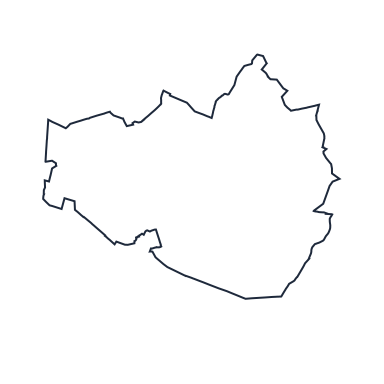 the district of Virbu pag., Talsi, Latvia, rotated 348°
{"feature_id": "27541924B43338172506229", "entity_name": "Virbu pag.", "entity_type": "district", "adm_level": 2, "iso_a3": "LVA", "parent_name": "Latvia", "parent_adm1": "Talsi", "projection": "orthographic", "projection_center": [22.631, 57.128], "detail": "fine", "context": "isolated", "style": "outline", "palette": "slate", "viewbox_px": 384, "rotation_deg": 348, "n_neighbors": 0, "source": "geoboundaries", "source_scale": "gbopen_adm2", "svg_char_len": 5458}
<svg xmlns="http://www.w3.org/2000/svg" viewBox="0 0 384 384"><g transform="rotate(348 192 192)"><path d="M292.5,281.8L292.3,281.7L292.5,281.5L292.8,280.9L293.6,279.7L295.0,277.7L295.6,276.8L295.9,276.2L296.3,275.2L296.7,273.6L296.9,273.2L297.1,272.7L297.4,272.2L297.7,271.7L298.3,271.0L298.6,270.6L299.5,270.0L300.0,269.6L300.7,269.0L301.3,268.6L301.8,268.4L302.7,268.4L303.7,268.2L304.9,268.1L306.2,267.9L309.5,267.0L309.9,266.9L310.0,266.8L310.6,266.5L311.2,266.0L313.4,263.4L313.6,263.2L313.9,262.9L314.9,262.1L316.2,261.1L316.8,260.5L317.8,259.2L318.7,257.8L319.2,257.0L319.7,255.9L320.0,254.7L320.3,253.5L320.4,252.6L320.5,251.0L320.6,249.8L320.9,248.1L321.1,247.1L321.3,246.6L321.8,246.0L322.3,245.4L322.7,245.0L322.8,244.9L323.1,244.7L324.5,243.1L324.1,242.8L319.1,241.4L319.6,241.1L316.7,239.3L316.0,239.2L312.1,238.1L310.3,237.2L308.7,236.7L307.2,236.0L307.1,235.9L307.6,235.5L309.8,234.5L317.9,230.8L325.1,219.2L327.9,214.6L328.6,214.0L331.7,211.1L339.0,209.8L332.8,203.0L333.5,199.5L333.8,198.0L333.9,193.6L333.3,192.6L330.3,186.7L330.2,186.5L328.7,181.7L329.0,179.7L332.4,177.9L329.1,175.5L329.4,175.3L329.1,175.1L330.9,171.0L332.3,167.8L332.6,167.3L333.0,165.0L333.1,164.9L333.1,162.1L329.9,152.0L329.0,148.6L329.0,148.4L328.7,147.5L329.5,143.1L329.3,143.0L329.7,142.3L330.8,140.2L331.3,139.5L331.8,138.8L331.9,138.4L331.7,138.4L334.4,133.0L331.3,133.1L330.1,133.2L322.5,133.3L321.7,133.4L316.7,133.3L312.6,133.4L311.2,133.1L309.9,133.1L305.7,133.1L305.0,132.0L302.8,129.2L300.9,126.1L299.6,117.6L306.3,112.8L303.6,110.2L303.3,110.0L303.0,109.8L302.3,108.4L298.3,99.7L292.2,98.0L291.1,96.4L290.3,95.2L290.5,95.1L289.8,93.2L289.5,92.1L288.9,90.8L286.2,87.3L285.7,86.7L291.8,81.7L291.7,81.6L289.8,73.8L285.8,71.8L284.7,71.2L284.4,71.2L284.0,71.3L278.3,75.8L277.4,78.7L277.0,79.0L276.7,79.2L273.5,79.3L269.4,79.6L267.4,81.3L265.6,83.0L264.3,84.1L262.9,85.4L259.8,88.3L259.5,88.7L255.7,96.2L249.3,102.8L248.7,103.6L248.2,104.0L247.6,104.1L247.2,104.1L246.6,103.8L245.7,103.3L244.9,102.9L244.3,102.8L243.8,102.9L242.1,103.9L241.4,104.1L241.1,104.0L240.8,104.2L240.6,104.5L239.1,105.3L238.5,105.4L237.5,105.9L236.8,106.5L236.6,106.6L236.4,106.6L236.2,106.9L235.9,107.1L234.8,107.7L234.3,108.3L234.0,108.6L233.8,108.9L233.8,109.4L233.6,109.6L233.5,109.8L233.1,110.5L232.6,111.5L231.9,112.5L231.5,113.8L231.3,114.2L230.8,115.0L230.3,116.1L229.7,117.1L228.9,119.0L227.4,122.2L226.6,123.7L223.9,121.8L223.2,121.4L222.7,121.1L218.7,118.3L216.1,116.7L211.4,113.7L208.5,108.7L207.0,106.0L205.6,103.6L201.7,100.9L190.4,93.0L191.1,91.6L189.6,90.5L185.3,87.0L185.2,86.9L184.9,87.2L183.1,90.1L182.5,91.0L181.2,93.7L181.1,94.4L181.0,95.2L180.8,96.4L180.5,97.5L180.3,98.9L180.2,99.3L179.6,99.8L179.5,99.7L177.7,101.0L175.5,102.4L172.7,104.1L170.9,105.1L169.4,105.9L167.6,106.9L165.0,108.4L161.9,110.0L159.2,111.5L159.4,111.6L156.9,112.9L154.2,112.9L150.7,111.2L148.1,112.3L148.4,113.9L141.9,114.0L140.5,109.3L139.8,105.7L139.0,105.6L137.0,104.3L131.2,100.8L128.7,97.4L128.4,96.4L125.4,96.6L123.0,96.9L122.8,97.0L117.9,97.3L114.8,97.5L107.6,98.2L106.5,98.7L104.5,98.5L100.8,98.8L97.9,99.1L94.0,99.4L88.0,100.0L87.2,100.0L83.7,102.4L81.8,103.4L75.3,98.3L69.8,94.3L69.7,94.2L68.7,93.3L66.4,91.4L65.4,95.1L61.9,107.4L61.8,107.7L61.4,109.4L60.8,111.1L59.2,116.8L57.5,122.7L57.4,123.4L57.3,123.5L57.1,124.2L57.1,124.3L55.0,131.9L55.1,132.0L61.6,132.3L64.9,135.6L64.5,137.6L64.7,138.2L61.0,139.5L60.0,139.9L59.3,141.5L56.9,146.7L56.8,146.8L56.7,147.0L54.3,152.0L50.4,150.0L50.1,151.6L49.2,157.0L47.5,159.3L46.4,163.9L46.5,163.9L45.9,164.8L45.2,167.0L45.0,167.9L47.4,171.7L49.9,175.4L51.1,176.0L52.3,176.6L60.9,181.5L66.0,171.6L75.2,176.6L73.8,185.1L74.1,185.4L74.3,185.7L75.0,186.6L75.8,187.5L76.9,189.0L78.0,190.5L78.7,191.5L79.5,192.5L80.1,193.3L80.6,194.0L81.0,193.9L84.7,198.6L86.0,200.2L87.0,201.5L87.9,202.9L88.8,204.0L89.6,205.1L90.8,206.7L92.0,208.3L95.1,212.4L98.1,216.4L97.9,216.6L97.7,216.8L98.3,217.5L98.9,218.2L99.9,219.7L101.0,221.1L101.4,221.5L102.3,222.8L105.4,227.1L107.7,224.8L115.4,229.6L118.2,230.3L119.0,230.3L125.0,230.2L125.5,228.1L125.9,228.1L126.3,227.9L126.8,227.6L127.2,227.2L127.5,226.9L127.6,226.6L127.8,226.4L127.8,226.1L127.8,225.6L127.7,225.2L127.8,224.9L128.0,224.7L128.4,224.7L128.6,224.7L129.0,224.9L129.3,225.0L129.4,224.9L129.6,224.8L129.7,224.7L129.7,224.3L129.8,224.2L130.0,224.2L130.3,224.4L130.8,224.6L131.0,224.6L131.0,224.4L130.9,224.1L130.9,223.9L131.1,223.7L131.6,223.4L132.1,223.4L134.4,222.4L134.6,222.5L135.9,223.8L138.2,220.9L139.4,220.3L139.6,220.3L140.2,220.2L142.6,221.9L144.2,221.4L147.6,221.0L148.9,221.2L149.1,223.2L149.7,229.1L149.9,230.8L150.1,233.1L150.2,234.6L150.3,235.2L150.5,236.9L150.5,237.1L150.3,237.4L150.6,238.9L149.6,239.2L148.6,239.3L148.0,239.2L146.6,238.9L145.9,238.6L145.8,238.8L144.2,238.7L141.2,239.0L140.1,238.7L138.4,241.4L138.5,241.4L140.9,242.1L142.5,247.4L142.5,247.7L143.2,248.9L149.1,256.6L152.3,260.3L152.7,260.6L162.3,268.1L168.2,272.7L168.3,272.6L168.6,272.8L169.0,273.0L171.3,274.4L173.6,275.8L173.9,276.0L174.9,276.7L175.9,277.3L180.5,280.3L184.4,282.8L189.8,286.4L195.8,290.3L198.1,291.8L205.4,296.2L210.2,299.5L214.2,302.2L220.2,306.3L222.2,307.6L228.5,308.4L241.2,310.3L248.4,311.3L254.0,312.2L257.4,312.8L257.6,312.8L260.9,309.2L263.2,306.8L263.7,306.2L265.8,304.3L267.1,302.9L267.9,302.0L269.4,301.5L272.7,300.4L273.8,299.9L275.3,298.4L276.9,297.1L277.2,297.1L277.6,296.7L283.0,290.8L285.7,287.8L287.8,285.2L292.5,281.8Z" fill="none" stroke="#1e293b" stroke-width="2"/></g></svg>